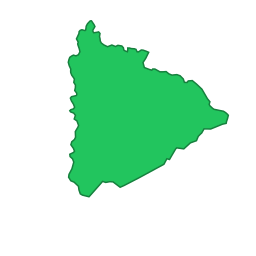 Bañado de Medina, Cerro Largo, Uruguay, rotated 206°
{"feature_id": "84410073B9174181273623", "entity_name": "Bañado de Medina", "entity_type": "district", "adm_level": 2, "iso_a3": "URY", "parent_name": "Uruguay", "parent_adm1": "Cerro Largo", "projection": "robinson", "projection_center": [-54.279, -32.336], "detail": "fine", "context": "isolated", "style": "filled", "palette": "green", "viewbox_px": 256, "rotation_deg": 206, "n_neighbors": 0, "source": "geoboundaries", "source_scale": "gbopen_adm2", "svg_char_len": 2168}
<svg xmlns="http://www.w3.org/2000/svg" viewBox="0 0 256 256"><g transform="rotate(206 128 128)"><path d="M131.6,191.9L132.0,190.4L134.3,190.0L139.8,189.5L143.2,193.4L142.6,198.5L142.6,205.1L145.0,205.0L148.6,204.6L150.3,203.9L151.1,202.4L152.1,200.9L153.3,200.5L155.3,202.2L157.0,202.0L159.7,200.9L161.8,200.5L163.3,199.8L162.6,198.5L162.0,196.3L164.0,196.0L165.9,196.2L167.3,198.1L169.5,199.0L173.3,197.9L174.9,195.8L178.9,195.5L182.0,192.1L186.2,192.1L189.3,192.7L191.1,194.1L192.3,196.0L193.7,197.7L194.6,200.7L196.5,201.5L198.3,200.1L200.5,198.6L201.8,199.3L202.5,200.7L202.3,202.6L202.2,204.7L204.0,206.1L206.1,207.3L207.8,208.3L208.9,207.7L209.6,205.7L210.1,203.9L210.2,201.2L209.6,199.5L209.0,197.6L209.4,196.7L212.5,196.1L213.7,194.9L214.2,193.3L213.5,191.3L213.4,185.5L210.4,183.4L210.1,181.6L209.5,180.8L206.5,177.8L204.6,175.4L204.7,172.1L206.4,170.0L209.0,169.6L210.2,168.0L211.3,166.0L211.1,163.7L210.5,160.9L208.1,158.2L205.3,155.9L204.5,154.0L203.7,152.6L201.7,150.8L197.7,148.6L196.7,145.2L194.1,143.6L193.0,141.2L192.3,138.3L189.5,136.9L188.6,135.4L188.8,134.4L192.5,131.4L192.9,129.6L190.8,127.6L187.6,125.6L185.1,123.3L185.4,121.3L187.4,119.4L187.9,118.0L186.7,117.3L183.3,117.6L180.8,116.3L180.3,112.5L177.0,112.0L173.5,108.6L173.4,106.6L173.8,101.7L171.1,96.7L171.1,94.2L172.5,91.0L172.0,87.9L168.2,85.8L165.9,83.7L166.3,82.1L168.8,78.9L167.5,76.9L164.4,76.0L161.8,73.6L160.5,66.7L160.7,60.5L159.8,57.7L156.3,55.5L152.7,55.7L147.0,53.9L144.9,50.8L142.0,47.9L139.6,47.7L132.9,49.1L131.0,55.8L127.4,68.9L124.2,69.3L120.8,71.8L117.8,73.0L109.1,71.3L106.3,74.6L96.2,88.2L79.8,111.2L79.7,114.4L79.6,117.4L76.9,117.9L76.6,122.3L76.0,130.1L75.5,131.5L68.7,133.7L65.4,142.0L60.9,146.6L61.2,151.3L60.1,154.6L59.6,155.7L59.3,160.5L53.2,163.4L44.8,172.8L41.8,175.2L42.3,177.1L42.7,180.2L43.4,183.4L44.5,183.9L46.9,184.6L49.6,184.9L53.4,183.9L59.0,182.5L60.7,182.8L64.2,183.9L65.4,184.8L65.9,187.5L69.4,189.1L78.6,195.3L85.6,197.5L91.0,198.8L94.5,196.7L94.8,194.9L97.3,193.7L99.8,196.3L104.1,197.8L107.5,197.4L111.7,194.8L115.0,194.6L118.5,195.4L121.4,193.7L123.9,192.5L129.6,192.8L131.6,191.9Z" fill="#22c55e" stroke="#15803d" stroke-width="1.5"/></g></svg>